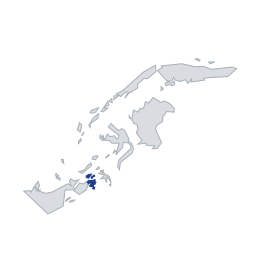 Raja Ampat, Papua Barat, Indonesia (highlighted), rotated 133°
{"feature_id": "22746128B90221566890304", "entity_name": "Raja Ampat", "entity_type": "district", "adm_level": 2, "iso_a3": "IDN", "parent_name": "Indonesia", "parent_adm1": "Papua Barat", "projection": "albers", "projection_center": [130.461, -0.827], "detail": "fine", "context": "in_parent", "style": "filled", "palette": "blue", "viewbox_px": 256, "rotation_deg": 133, "n_neighbors": 0, "source": "geoboundaries", "source_scale": "gbopen_adm2", "svg_char_len": 8456}
<svg xmlns="http://www.w3.org/2000/svg" viewBox="0 0 256 256"><g transform="rotate(133 128 128)"><path d="M84.9,105.0L89.5,110.9L96.2,110.0L99.6,107.2L105.5,108.7L110.0,107.5L115.8,93.5L123.1,92.7L126.6,95.9L122.9,96.3L128.2,102.9L126.8,104.4L133.0,109.7L127.5,109.1L125.8,118.7L121.6,120.2L119.2,124.0L120.8,126.6L119.2,130.8L111.3,136.3L109.5,131.5L106.2,132.7L102.8,130.1L96.8,133.3L95.9,130.0L88.6,130.5L87.0,121.8L83.3,119.5L81.6,113.6L82.1,107.8L84.9,105.0ZM10.5,88.9L22.5,90.3L38.2,105.2L40.1,106.4L40.9,104.8L51.2,113.1L48.8,115.0L54.6,114.5L53.5,119.0L58.2,121.2L60.8,126.6L59.9,129.2L63.7,128.0L67.1,131.6L65.9,145.5L60.2,144.1L60.0,146.1L44.3,132.5L37.5,120.7L31.4,114.8L28.3,107.1L12.4,93.4L10.5,88.9ZM245.5,128.0L245.2,161.2L240.3,156.5L240.9,155.1L234.7,156.7L235.7,153.4L234.0,151.6L234.6,151.4L235.6,151.5L236.2,151.3L233.2,150.0L234.6,149.6L231.9,143.6L226.6,139.8L209.7,134.0L209.1,130.0L206.8,134.4L204.3,135.2L203.5,131.3L199.5,128.7L208.3,127.8L209.5,125.2L201.2,125.9L199.3,122.4L194.5,121.7L195.9,118.8L201.7,116.2L209.8,118.2L210.9,126.2L216.3,131.7L229.4,122.1L245.5,128.0ZM163.2,109.4L157.4,112.9L141.2,111.9L139.2,113.3L138.6,117.5L141.7,121.6L146.3,118.8L155.8,118.5L145.2,124.2L150.1,129.4L149.9,133.1L153.1,137.0L146.5,138.9L146.7,135.5L142.9,132.6L143.7,128.7L141.7,128.3L139.7,129.7L140.7,143.2L136.2,143.4L136.5,135.3L135.7,132.6L132.6,132.1L132.1,128.6L135.7,119.3L137.5,119.1L136.8,115.1L139.5,109.7L143.7,107.8L158.3,110.1L164.3,105.8L163.2,109.4ZM67.5,146.0L79.1,147.6L80.9,150.2L89.8,150.8L91.8,148.1L100.6,150.5L103.0,154.2L110.1,154.8L110.1,157.9L111.1,159.8L104.3,157.4L77.1,155.0L63.5,150.8L67.5,146.0ZM177.8,110.1L182.7,106.4L180.5,110.7L183.8,113.3L178.6,112.9L181.4,119.0L177.6,115.6L176.2,108.6L179.3,103.2L177.8,110.1ZM180.2,129.1L192.3,130.4L193.5,134.1L188.6,131.4L181.9,132.0L179.9,130.6L178.7,132.3L180.2,129.1ZM152.8,158.5L143.9,160.3L137.6,159.1L141.7,156.7L150.4,158.6L153.4,156.0L152.8,158.5ZM127.2,156.4L133.1,157.1L134.2,159.0L122.3,160.8L124.2,157.6L128.3,159.3L129.6,158.6L127.2,156.4ZM163.6,160.2L163.9,163.8L157.2,167.1L157.5,163.6L163.6,160.2ZM66.9,124.3L68.7,128.3L71.0,128.8L70.3,131.4L66.8,130.2L65.7,126.9L62.3,126.3L63.9,123.8L66.9,124.3ZM232.8,156.8L228.3,157.4L230.6,153.2L234.1,152.3L235.2,153.9L232.8,156.8ZM138.7,162.5L141.5,164.3L142.8,166.2L140.0,166.9L133.4,163.3L138.7,162.5ZM173.4,130.2L175.3,133.0L172.5,134.0L169.3,131.9L169.5,130.3L173.4,130.2ZM110.5,156.7L116.8,157.8L114.0,160.1L110.5,156.7ZM120.3,156.8L121.3,160.2L117.6,159.8L120.3,156.8ZM78.1,129.3L75.1,132.0L75.3,128.7L78.1,129.3ZM212.7,142.2L213.5,146.6L212.1,146.8L210.9,143.6L212.7,142.2ZM108.4,150.6L103.6,152.0L101.5,151.3L108.4,150.6ZM154.6,137.8L154.7,141.8L152.0,143.5L153.0,138.1L154.6,137.8ZM20.6,109.6L25.1,111.8L24.6,113.9L20.6,109.6ZM31.8,125.7L30.0,124.9L29.2,121.6L30.5,121.5L31.8,125.7ZM196.2,155.3L195.2,153.7L197.8,150.8L197.7,153.4L196.2,155.3ZM191.3,114.8L196.3,115.9L190.6,115.5L191.3,114.8ZM160.9,123.0L165.5,124.1L160.4,124.0L160.9,123.0ZM152.5,139.8L150.1,141.8L152.2,138.2L152.5,139.8ZM217.0,117.8L219.6,118.2L222.1,120.1L219.7,120.5L217.0,117.8ZM173.2,153.6L171.5,155.1L168.1,155.3L169.0,153.6L173.2,153.6ZM212.5,147.4L211.5,149.5L210.3,149.4L210.4,146.1L212.5,147.4ZM180.0,122.9L177.0,123.3L176.1,122.5L177.4,121.2L180.0,122.9ZM217.4,122.6L221.2,122.9L224.7,123.7L221.3,124.2L217.4,122.6ZM153.1,120.6L156.2,121.9L153.1,122.6L153.1,120.6ZM182.4,103.0L180.3,102.7L182.2,101.1L182.4,103.0ZM160.9,157.5L164.3,156.3L164.7,157.0L160.9,157.5ZM191.2,123.0L190.7,124.9L188.1,123.9L189.4,123.4L191.2,123.0ZM119.6,134.1L118.3,135.4L119.3,131.5L119.6,134.1ZM177.0,116.0L178.6,118.5L178.0,118.9L175.6,117.0L177.0,116.0Z" fill="#d9dde1" stroke="#a8b0b8" stroke-width="1"/><path d="M192.6,115.0L192.8,114.9L192.5,114.9L193.0,114.8L192.9,114.9L193.0,114.9L193.2,115.2L193.4,115.3L193.5,115.7L193.8,115.6L194.0,116.0L194.5,116.3L194.5,116.2L194.7,116.3L195.1,116.0L195.8,116.4L195.8,116.2L196.0,116.2L196.3,115.9L196.1,115.7L196.1,115.4L195.8,115.1L195.5,115.1L195.3,114.8L194.7,114.7L194.8,114.7L194.6,114.6L194.4,114.6L193.6,114.4L193.2,114.5L193.4,114.6L193.0,114.7L192.6,114.7L192.4,114.6L192.3,114.8L192.2,114.7L192.2,114.8L192.0,114.6L191.7,114.9L191.5,115.0L191.4,114.8L191.3,115.0L191.2,115.1L191.2,114.8L191.1,115.0L190.9,114.9L190.8,115.1L190.9,115.3L191.2,115.4L191.1,115.1L191.3,115.1L191.3,115.3L191.5,115.2L191.3,115.3L191.6,115.3L191.3,115.6L191.3,115.4L191.1,115.5L190.5,115.5L190.9,115.6L191.0,115.8L191.1,115.7L191.4,115.8L191.6,115.7L191.6,115.9L192.1,115.7L192.0,115.9L192.2,116.0L192.3,116.4L192.2,116.6L192.4,116.4L192.3,116.1L192.9,115.9L193.0,116.1L192.9,116.2L193.1,116.7L193.9,116.6L194.2,116.4L194.2,116.2L193.8,116.0L193.7,115.9L193.6,116.0L193.1,115.9L193.0,115.4L192.8,115.2L192.6,115.1L192.6,115.0ZM191.2,122.9L190.7,123.2L189.7,123.2L188.9,123.5L188.5,123.8L188.1,123.8L188.0,124.0L188.7,124.5L189.2,124.7L189.9,124.7L190.0,124.8L189.9,124.9L190.0,124.9L190.7,124.9L190.8,124.8L190.7,124.7L190.9,124.7L191.2,124.4L191.1,124.5L191.4,124.7L191.3,124.8L191.8,124.7L191.6,124.7L191.4,124.5L191.6,124.6L191.7,124.4L191.6,124.5L191.6,124.4L191.3,124.4L191.1,124.2L191.5,124.1L191.5,123.9L191.8,123.8L191.2,123.2L191.4,123.0L191.2,122.9ZM194.3,120.4L194.8,120.5L194.8,120.3L195.0,119.6L194.8,119.5L195.0,119.3L194.7,119.1L194.2,119.2L194.1,118.9L193.7,119.0L192.7,119.3L193.1,119.9L192.9,120.1L193.2,120.3L193.2,120.5L193.4,120.4L193.8,120.6L194.1,120.5L194.3,120.4ZM193.7,118.4L193.6,118.6L193.1,118.6L192.9,118.5L192.7,118.4L192.4,118.7L192.1,118.7L191.9,118.7L192.0,118.5L191.9,118.4L191.9,118.6L191.7,118.5L191.8,118.8L191.6,118.8L191.8,118.9L191.5,119.0L191.4,119.1L191.7,119.0L191.8,119.1L192.1,119.0L192.4,119.1L193.7,118.8L193.8,118.7L194.0,118.7L193.8,118.5L194.2,118.4L193.8,118.3L193.8,118.5L193.7,118.3L193.7,118.4ZM192.6,116.5L192.1,116.8L192.0,116.7L191.8,116.7L191.9,116.8L192.0,116.9L191.8,117.1L192.2,117.1L192.4,116.8L192.6,116.9L192.5,117.0L192.3,117.1L192.8,117.0L193.0,116.7L192.6,116.5ZM188.9,120.2L188.2,120.3L188.1,120.5L188.9,120.5L188.6,120.6L189.1,120.4L189.1,120.6L189.3,120.3L188.9,120.2ZM188.9,116.5L188.6,116.6L188.8,117.0L188.9,116.8L188.9,116.7L189.0,116.7L188.9,116.5ZM195.0,119.9L195.2,119.7L195.2,119.8L195.1,119.7L195.3,119.5L195.0,119.5L195.0,119.9ZM190.1,114.5L189.9,114.3L190.0,114.6L189.9,114.7L190.1,114.9L190.2,114.6L190.1,114.5ZM188.1,120.2L188.0,120.3L187.8,120.4L187.9,120.5L188.1,120.2ZM194.9,112.5L194.8,112.4L194.7,112.4L194.9,112.6L194.9,112.5ZM192.8,117.4L192.5,117.4L192.2,117.6L192.8,117.4ZM190.6,115.9L190.4,115.8L190.4,116.0L190.6,116.0L190.6,115.9ZM190.6,125.6L190.9,125.6L190.6,125.6ZM187.7,123.7L187.6,123.4L187.5,123.5L187.7,123.7ZM194.2,114.4L194.4,114.4L194.2,114.3L194.2,114.4ZM190.5,121.9L190.8,121.9L190.5,121.9ZM191.9,116.0L192.1,116.1L191.9,116.0ZM191.4,125.2L191.2,125.2L191.2,125.3L191.4,125.3L191.4,125.2ZM186.7,120.5L186.8,120.4L186.7,120.3L186.7,120.5ZM195.4,111.9L195.5,111.9L195.3,111.7L195.4,111.9ZM193.5,118.3L193.3,118.3L193.4,118.5L193.5,118.4L193.4,118.4L193.5,118.3ZM190.6,116.2L190.4,116.0L190.6,116.2ZM191.0,117.7L190.8,117.8L191.0,117.7ZM195.7,111.6L195.6,111.4L195.5,111.5L195.7,111.6ZM193.9,116.0L194.0,116.0L193.9,116.0ZM186.1,120.3L186.1,120.2L185.9,120.3L186.0,120.4L186.1,120.3ZM194.0,114.2L193.9,114.3L194.0,114.3L194.0,114.2ZM191.6,125.7L191.9,125.8L191.6,125.7ZM186.1,120.3L186.3,120.4L186.2,120.3L186.1,120.3ZM193.2,118.5L193.3,118.3L193.2,118.4L193.2,118.5ZM190.7,115.3L190.8,115.2L190.7,115.2L190.7,115.3ZM192.5,124.6L192.2,124.6L192.4,124.6L192.5,124.6ZM190.9,115.3L190.7,115.4L190.9,115.4L190.9,115.3ZM191.0,125.3L191.1,125.2L190.9,125.3L191.0,125.3ZM195.4,119.7L195.3,119.8L195.4,119.7ZM188.2,120.2L188.3,120.2L188.2,120.2ZM194.8,120.5L194.9,120.4L194.8,120.5ZM190.8,117.4L190.7,117.2L190.8,117.4ZM195.2,112.4L195.3,112.4L195.2,112.3L195.2,112.4ZM191.1,115.5L191.1,115.4L191.0,115.5L191.1,115.5ZM191.8,124.5L191.7,124.5L191.8,124.5ZM192.7,119.2L192.8,119.2L192.7,119.2L192.7,119.2ZM188.9,122.7L189.0,122.7L188.9,122.7ZM189.7,114.8L189.7,114.7L189.5,114.8L189.7,114.8ZM187.4,123.5L187.5,123.5L187.5,123.4L187.4,123.5ZM193.0,115.1L192.9,115.1L193.0,115.1ZM191.9,125.3L191.7,125.3L191.8,125.3L191.9,125.3ZM191.8,125.0L191.7,124.9L191.7,125.0L191.8,125.0ZM188.3,123.2L188.2,123.0L188.3,123.2ZM187.9,120.4L187.8,120.5L187.9,120.4ZM190.6,117.9L190.7,118.0L190.7,117.9L190.6,117.9ZM190.7,115.0L190.7,114.9L190.6,115.0L190.7,115.0Z" fill="#3b82f6" stroke="#1e3a8a" stroke-width="1.5"/></g></svg>